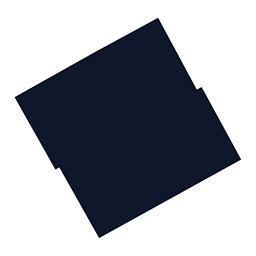 Stutsman, North Dakota, United States of America (orthographic projection), rotated 151°
{"feature_id": "52423323B9912290141920", "entity_name": "Stutsman", "entity_type": "district", "adm_level": 2, "iso_a3": "USA", "parent_name": "United States of America", "parent_adm1": "North Dakota", "projection": "orthographic", "projection_center": [-98.962, 46.979], "detail": "fine", "context": "isolated", "style": "filled", "palette": "ink", "viewbox_px": 256, "rotation_deg": 151, "n_neighbors": 0, "source": "geoboundaries", "source_scale": "gbopen_adm2", "svg_char_len": 327}
<svg xmlns="http://www.w3.org/2000/svg" viewBox="0 0 256 256"><g transform="rotate(151 128 128)"><path d="M45.1,46.3L44.5,127.4L50.0,127.4L49.0,209.1L114.8,209.6L115.4,209.7L211.5,209.2L210.9,127.6L206.4,127.7L206.0,66.6L205.9,46.5L200.9,46.5L79.1,46.4L45.1,46.3Z" fill="#0f172a" stroke="#020617" stroke-width="1.5"/></g></svg>